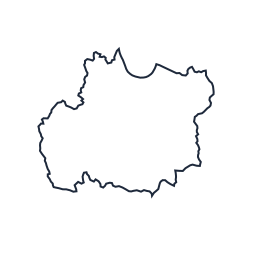 outline of Salesópolis, São Paulo, Brazil, rotated 116°
{"feature_id": "56859067B19301542712109", "entity_name": "Salesópolis", "entity_type": "district", "adm_level": 2, "iso_a3": "BRA", "parent_name": "Brazil", "parent_adm1": "São Paulo", "projection": "equal_earth", "projection_center": [-45.846, -23.578], "detail": "fine", "context": "isolated", "style": "outline", "palette": "slate", "viewbox_px": 256, "rotation_deg": 116, "n_neighbors": 0, "source": "geoboundaries", "source_scale": "gbopen_adm2", "svg_char_len": 3035}
<svg xmlns="http://www.w3.org/2000/svg" viewBox="0 0 256 256"><g transform="rotate(116 128 128)"><path d="M156.3,208.2L158.1,209.1L159.6,207.3L161.2,206.0L162.1,208.1L164.0,208.6L165.8,209.2L167.8,207.6L169.8,206.3L171.7,203.7L173.5,202.3L174.6,200.2L177.1,200.1L179.9,200.3L182.1,199.5L184.8,197.9L187.1,197.1L188.8,194.3L190.0,191.9L191.4,189.1L193.9,188.4L195.6,186.3L197.3,184.9L200.0,182.2L201.6,179.8L203.5,178.3L204.8,179.8L206.7,178.9L208.2,176.0L210.0,173.8L210.9,171.3L212.5,170.3L213.7,168.9L213.2,166.8L212.4,163.7L211.7,159.8L210.2,156.6L209.4,152.8L209.2,149.2L207.5,146.6L205.8,147.7L202.8,150.9L198.3,149.2L198.4,145.4L196.4,143.9L195.0,145.2L191.6,147.5L189.8,147.8L187.5,148.0L186.0,145.9L187.4,144.6L188.2,142.3L189.7,140.9L191.2,139.1L191.1,135.2L188.4,134.6L188.8,131.0L190.4,128.3L192.6,127.0L192.4,124.2L190.0,123.3L187.6,123.2L185.2,120.4L184.5,118.3L186.4,116.2L186.3,113.5L184.2,110.6L183.9,106.9L184.1,103.2L184.4,99.5L183.6,97.3L182.2,95.7L180.1,92.8L179.5,88.4L176.8,86.4L176.3,83.5L175.5,80.8L176.6,77.9L178.4,76.7L174.9,76.3L172.5,75.2L169.6,74.0L166.2,74.7L163.6,75.2L161.8,75.1L159.7,74.0L158.6,71.7L159.4,68.9L159.8,65.2L159.8,61.3L157.7,61.9L155.6,60.9L153.5,62.5L151.1,63.3L149.6,64.1L147.5,65.4L145.5,66.9L144.1,63.3L142.6,59.9L138.9,58.7L136.1,56.9L134.2,55.7L132.6,53.9L131.8,49.7L130.6,46.8L128.7,47.3L126.6,47.7L125.2,50.3L123.4,52.4L121.5,53.2L119.8,53.4L118.0,54.6L115.8,54.5L114.3,55.8L112.7,57.6L111.4,60.1L109.5,59.7L107.6,60.8L105.5,63.3L102.9,62.2L101.5,64.3L99.8,65.2L97.7,65.5L95.9,66.6L94.8,68.7L93.4,71.4L90.9,72.1L88.7,72.8L87.0,71.8L84.8,71.1L82.3,67.9L80.2,66.9L78.1,66.2L75.4,65.3L73.5,64.2L71.7,63.7L69.1,64.4L67.1,67.1L64.7,67.8L62.6,67.0L60.2,65.9L58.1,66.8L55.7,68.3L53.2,69.9L50.9,72.3L50.0,75.5L48.2,78.5L46.5,81.0L44.5,81.9L42.3,83.3L43.9,85.4L45.8,86.7L46.0,89.2L47.7,90.5L48.2,92.8L46.4,95.2L45.0,97.3L46.4,98.6L48.4,99.6L50.4,99.7L52.8,98.3L55.5,99.1L56.7,102.5L56.0,105.8L57.5,108.4L57.7,124.1L57.7,127.1L58.2,130.5L60.1,130.2L62.6,130.0L64.4,130.1L67.4,130.3L69.4,130.9L72.4,132.5L74.3,134.1L75.8,136.1L77.4,139.1L78.5,143.9L78.8,147.2L78.4,149.9L77.5,152.9L75.7,155.5L74.4,156.8L73.1,158.1L69.0,162.5L67.8,164.2L66.1,166.3L64.4,168.1L62.9,169.4L60.9,170.9L63.6,171.8L66.9,171.6L70.3,171.4L72.4,170.1L74.1,172.1L76.5,171.7L78.8,174.5L77.6,176.3L76.4,178.3L74.7,178.8L74.2,181.0L75.7,182.5L76.4,184.7L73.8,185.1L74.3,187.5L73.8,190.1L75.5,191.5L78.2,190.5L80.7,188.8L82.9,189.3L83.2,192.1L83.9,194.8L86.5,196.1L88.7,195.0L90.5,195.1L92.4,193.1L95.1,190.4L96.3,188.5L98.8,187.8L100.8,188.9L103.4,188.7L105.9,186.5L108.9,186.8L110.9,186.1L112.8,187.6L114.9,187.0L116.5,185.6L118.6,187.3L120.6,186.9L121.0,183.7L121.7,181.1L123.8,181.9L124.5,179.3L126.6,179.4L128.1,181.0L129.7,182.5L132.9,182.7L134.7,184.8L134.5,188.2L134.7,190.9L135.0,193.3L133.6,195.0L132.2,196.2L132.0,198.7L134.1,199.4L136.2,202.3L138.5,202.9L140.6,203.4L143.3,204.2L145.4,204.6L147.7,203.8L149.5,204.3L151.7,204.1L154.6,204.4L156.3,208.2Z" fill="none" stroke="#1e293b" stroke-width="2"/></g></svg>